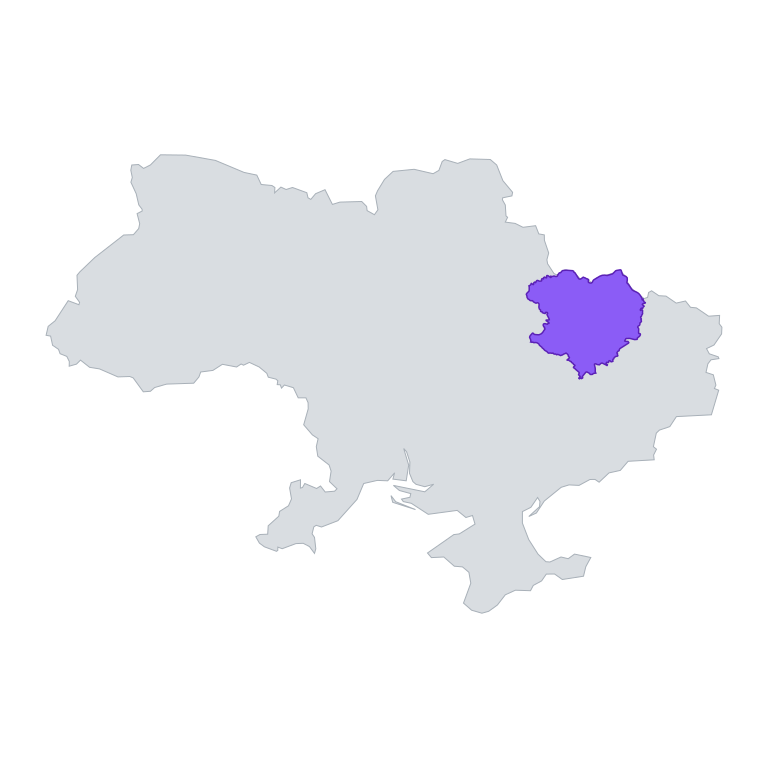 Kharkiv on a map of Ukraine (Albers equal-area conic projection)
{"feature_id": "UKR-328", "entity_name": "Kharkiv", "entity_type": "Region", "adm_level": 1, "iso_a3": "UKR", "parent_name": "Ukraine", "parent_adm1": "", "projection": "albers", "projection_center": [36.315, 49.479], "detail": "fine", "context": "in_parent", "style": "filled", "palette": "violet", "viewbox_px": 768, "rotation_deg": 0, "n_neighbors": 0, "source": "natural_earth", "source_scale": "10m", "svg_char_len": 9605}
<svg xmlns="http://www.w3.org/2000/svg" viewBox="0 0 768 768"><path d="M528.7,539.5L538.0,554.1L545.9,561.7L549.9,562.0L561.0,557.0L568.2,558.7L574.5,554.1L590.8,557.5L585.8,566.7L583.5,576.2L562.3,579.5L554.6,574.0L546.3,574.1L541.6,580.9L533.3,585.4L530.5,590.7L515.4,590.2L505.3,594.8L497.4,605.0L488.7,611.3L481.9,613.2L471.6,610.2L463.5,603.1L470.8,583.2L468.9,572.3L462.5,566.9L454.3,566.2L443.8,557.0L431.4,557.6L427.5,553.0L453.8,534.6L459.3,533.9L475.0,524.1L472.5,515.5L465.9,517.5L457.2,510.4L428.2,514.3L411.3,503.3L403.3,501.6L401.5,499.1L409.9,497.3L410.8,493.6L399.4,490.5L393.4,485.4L424.8,491.8L433.7,484.2L424.8,486.7L416.0,484.3L412.9,481.6L409.5,473.3L409.9,462.0L406.6,451.8L403.7,448.5L408.7,465.1L406.2,480.8L392.9,479.1L394.6,472.8L387.7,480.8L377.3,480.4L363.7,483.5L357.0,499.4L337.9,520.7L321.5,527.0L316.2,525.3L313.8,526.9L312.1,533.8L314.5,537.4L315.8,548.8L314.5,553.4L309.5,546.6L303.2,543.3L295.9,543.6L282.2,548.7L277.8,547.1L277.8,550.4L276.5,551.3L264.4,546.8L259.4,543.1L255.8,536.8L260.0,534.5L267.7,534.2L268.2,525.8L278.8,516.2L279.6,511.4L288.5,505.8L291.5,498.9L289.6,488.0L291.2,482.7L300.5,479.8L300.4,488.1L302.5,487.5L304.8,483.5L316.6,488.5L320.5,486.0L325.2,492.0L334.6,491.2L337.0,488.8L329.5,481.6L331.1,471.1L329.1,465.0L317.8,456.2L316.3,446.7L318.1,438.7L312.4,434.9L303.7,424.8L308.2,408.9L308.1,402.7L305.9,397.8L298.2,397.8L293.4,387.7L284.4,385.0L281.5,388.1L280.3,384.8L277.2,384.6L277.8,380.7L275.9,379.1L268.3,377.2L266.8,373.3L259.2,367.0L249.4,362.4L243.5,365.2L241.1,364.0L236.6,367.0L222.4,364.3L212.9,370.4L200.7,372.0L198.9,377.0L193.7,383.2L166.6,384.1L154.7,387.5L150.4,391.3L143.3,391.8L133.2,377.9L129.8,376.5L117.9,376.9L99.5,368.9L89.6,367.3L80.5,360.1L76.5,364.1L69.2,366.2L69.3,361.5L66.8,356.4L60.1,353.7L58.5,349.3L52.6,345.3L50.6,336.1L46.1,335.3L48.2,326.3L55.1,320.8L68.2,300.7L78.9,304.7L79.6,302.3L75.3,296.3L77.6,289.6L77.0,275.3L79.8,271.9L94.7,257.6L123.7,235.0L133.4,234.7L138.7,228.6L139.7,223.7L137.1,213.6L142.2,211.0L142.1,209.3L138.8,204.9L136.2,193.7L130.9,182.2L132.3,177.5L130.8,170.2L131.8,165.0L138.5,164.5L143.6,168.4L150.5,164.9L160.5,154.8L185.6,155.1L215.4,160.4L244.0,172.4L256.8,175.1L261.2,184.5L271.9,185.5L274.9,187.5L274.6,192.9L280.9,187.1L286.1,189.5L292.5,187.5L306.8,192.7L308.0,197.8L310.8,199.4L315.6,193.7L325.0,189.7L332.4,204.4L340.0,202.1L361.7,201.5L366.6,206.4L367.1,210.6L374.4,214.7L377.9,209.8L375.4,195.8L377.6,190.7L384.5,179.4L393.1,171.4L414.1,169.3L433.1,173.7L438.9,170.4L442.2,161.5L444.9,159.6L457.7,163.4L469.8,158.9L490.3,159.5L496.7,165.0L502.9,180.7L512.6,192.3L511.9,195.9L502.7,197.8L502.4,199.8L505.3,205.0L506.0,215.9L507.6,217.3L505.3,222.1L515.1,223.4L523.0,227.3L535.6,225.7L538.8,233.9L544.3,234.9L544.4,240.3L548.7,253.0L546.9,259.7L547.6,263.8L554.0,273.6L557.0,274.9L564.9,269.8L573.1,271.4L580.0,278.7L587.1,278.7L591.5,282.8L596.5,278.0L620.6,271.0L626.6,277.7L627.5,282.1L631.2,288.1L644.0,298.6L647.6,297.4L648.6,292.5L651.6,290.8L658.8,295.7L666.0,296.1L676.2,303.1L685.5,301.0L690.5,307.3L696.4,307.9L708.6,316.2L719.6,315.4L719.2,323.7L721.9,327.2L721.6,333.9L714.0,345.0L706.5,348.6L709.3,353.8L718.3,356.9L718.9,358.6L711.0,359.8L707.9,363.8L706.0,372.4L713.3,374.8L715.9,385.1L714.4,388.5L718.7,390.2L711.4,414.8L676.4,416.6L669.8,426.6L659.4,430.1L656.3,433.1L653.4,446.7L656.5,449.2L653.6,455.0L654.2,459.8L628.1,461.3L620.3,470.4L609.0,472.9L599.1,482.2L595.0,479.4L589.9,479.5L579.0,485.4L569.0,484.9L561.2,487.3L544.3,501.0L536.4,513.0L528.8,516.5L539.5,506.7L540.0,501.5L537.6,497.5L530.9,507.3L522.4,511.6L522.4,523.1L528.7,539.5ZM415.5,509.6L392.7,502.3L391.0,495.6L395.7,501.7L415.5,509.6Z" fill="#d9dde1" stroke="#a8b0b8" stroke-width="1"/><path d="M620.3,269.8L621.1,270.2L621.6,271.7L622.2,273.5L622.8,275.0L626.0,276.5L627.2,277.8L627.3,280.1L626.9,282.1L626.9,282.7L627.2,283.1L628.5,284.4L632.1,289.8L633.4,290.7L636.3,292.0L637.8,292.8L639.1,293.9L640.2,295.3L641.5,297.4L642.1,298.6L642.1,299.4L642.3,299.8L643.1,299.2L643.3,300.1L644.0,301.6L644.4,302.1L645.3,302.6L645.3,302.8L645.0,303.2L643.9,303.4L643.2,303.6L642.6,304.0L642.4,304.2L642.3,304.5L642.5,304.8L644.0,306.0L644.1,306.3L643.2,307.1L643.0,307.4L642.7,308.3L642.4,308.4L641.3,308.2L640.8,308.8L640.3,309.7L640.3,309.9L640.4,310.2L640.5,310.4L641.9,309.9L642.3,310.0L642.5,310.3L642.6,310.7L642.5,312.3L642.6,313.7L642.3,314.3L641.9,314.8L641.5,316.1L641.3,316.4L640.7,316.8L640.6,317.1L640.9,318.2L641.3,318.8L641.3,319.2L641.0,319.4L641.0,319.7L641.4,321.0L641.4,321.5L641.0,322.0L640.2,322.7L640.0,322.9L639.9,323.7L639.8,324.7L639.5,325.3L639.3,325.5L638.3,326.0L637.8,326.7L637.7,327.1L637.8,327.4L638.5,328.2L638.7,329.0L638.7,329.3L638.6,332.2L638.6,332.9L638.8,333.4L639.8,333.6L640.2,333.8L640.4,334.3L640.3,335.0L639.8,335.9L639.3,336.5L638.3,337.2L637.4,338.0L637.3,339.0L637.0,339.4L634.6,339.6L629.8,338.4L626.3,338.5L626.0,338.6L625.8,338.8L624.7,340.8L624.7,341.0L625.5,341.3L626.9,341.4L627.9,341.4L628.2,341.7L628.7,342.4L628.8,342.6L628.7,342.8L628.4,343.2L619.9,348.6L619.3,349.6L619.2,350.4L619.0,350.7L618.8,350.9L618.0,351.2L617.8,351.4L616.9,352.7L616.9,353.1L617.5,353.7L617.4,354.6L617.8,355.4L617.8,355.8L617.5,356.1L617.0,356.3L616.0,356.3L614.3,357.5L614.2,357.6L613.7,358.9L613.1,359.2L612.9,359.6L612.8,360.1L612.9,361.3L612.7,361.4L611.6,361.8L611.1,361.8L610.8,361.6L610.0,360.8L609.4,360.7L609.2,360.7L608.9,361.1L608.7,361.5L608.6,362.3L608.2,362.6L607.9,362.6L607.0,362.2L606.8,362.3L606.6,362.5L606.1,363.2L606.0,363.6L606.1,363.9L606.3,364.1L607.1,364.5L607.4,364.7L607.3,365.2L607.0,365.5L606.7,365.4L606.1,365.0L602.5,363.2L602.0,363.1L601.4,363.2L600.9,363.4L599.5,364.7L599.4,364.8L597.6,364.6L597.1,364.5L596.0,363.9L595.5,363.8L594.9,363.9L594.5,364.2L594.5,364.5L594.5,365.0L595.2,368.1L595.3,369.6L595.2,371.1L595.3,371.8L595.8,373.1L593.6,373.4L592.9,373.9L592.6,374.3L592.3,374.4L590.9,374.5L590.2,374.4L589.6,373.6L589.1,373.1L587.4,372.2L586.8,372.0L586.2,372.0L585.6,372.5L582.9,375.8L582.2,377.0L582.3,377.2L582.7,377.6L582.6,378.0L581.6,378.6L581.4,378.6L580.9,378.2L580.5,378.0L580.4,378.0L579.6,378.8L579.4,378.8L578.8,378.3L578.8,378.2L580.1,376.4L579.9,376.1L578.6,374.8L578.6,374.4L579.2,373.1L579.2,372.7L578.7,372.0L576.0,369.7L575.1,368.8L573.5,367.6L573.5,367.2L573.7,366.8L574.5,366.1L574.9,365.6L574.9,365.4L574.7,365.1L573.4,364.2L573.2,363.7L573.0,363.4L571.5,362.4L571.3,362.1L571.3,361.9L571.2,361.6L569.9,361.1L568.7,360.2L567.3,360.2L567.1,360.1L567.1,359.9L567.6,359.4L568.7,358.7L569.2,357.9L569.4,357.5L568.3,356.0L568.2,355.9L568.3,355.4L568.1,355.0L567.8,354.5L566.8,353.6L566.3,353.2L565.9,353.1L565.5,353.4L563.7,354.1L562.3,355.0L561.7,355.1L560.8,355.5L560.4,355.5L559.3,354.9L557.7,354.4L557.4,354.4L556.9,354.7L556.5,354.7L555.9,354.2L555.4,354.0L554.3,354.1L553.8,353.9L553.0,353.1L552.8,353.1L552.1,353.3L550.1,353.0L549.2,353.1L548.4,353.1L548.2,353.0L546.9,351.6L544.7,350.3L543.3,348.7L542.3,348.0L541.8,347.2L539.4,345.2L539.1,344.4L538.7,343.9L537.6,343.1L536.8,342.7L535.1,342.5L534.0,342.7L533.7,342.6L532.8,342.1L532.0,342.3L530.7,342.0L530.9,341.7L530.9,341.3L530.7,340.0L530.4,339.0L529.7,337.7L529.6,337.2L529.8,336.4L530.4,335.4L532.3,333.3L532.7,333.1L533.3,333.3L533.7,333.8L534.1,334.2L534.8,334.5L538.4,334.8L539.2,334.7L541.2,333.8L541.8,333.3L542.9,332.1L543.9,330.5L544.9,329.2L544.9,328.7L544.5,328.2L544.5,327.9L544.6,327.6L544.6,327.3L543.8,326.8L543.3,325.6L543.2,325.3L543.2,324.9L543.4,324.2L543.7,323.9L544.8,323.6L547.3,324.2L547.8,323.6L548.8,323.4L549.0,323.1L548.8,322.7L548.5,322.3L547.7,321.8L547.0,321.2L546.3,320.8L546.2,320.6L546.1,320.2L546.4,320.0L548.2,320.0L548.9,319.8L549.3,319.7L549.2,319.2L548.9,318.4L547.3,315.3L547.0,314.5L547.0,314.1L547.6,313.7L547.5,312.8L547.4,312.6L547.0,312.4L545.9,312.3L545.6,312.5L545.3,313.2L545.1,313.5L544.4,313.4L542.4,312.7L542.2,312.0L542.0,311.8L541.0,311.6L540.6,311.3L540.5,310.0L540.3,309.8L539.4,309.1L539.2,308.5L538.9,307.3L538.9,306.4L539.1,304.8L539.0,304.0L538.7,303.5L538.1,302.9L537.4,302.7L537.0,302.8L536.4,303.1L535.7,303.1L533.5,301.9L532.8,301.0L532.3,300.7L530.8,300.7L530.1,300.5L529.6,300.1L529.2,299.6L528.1,299.1L527.1,297.5L526.9,296.0L526.3,294.2L527.1,293.0L529.0,291.1L529.2,289.9L529.2,286.7L528.9,285.9L530.5,285.0L530.7,284.8L531.2,283.5L531.5,283.4L532.0,283.9L532.5,284.3L533.2,284.6L533.4,284.5L533.6,284.2L533.5,283.6L533.6,283.4L533.7,283.0L534.2,282.4L534.5,282.2L534.8,282.1L535.3,282.5L535.6,282.6L536.3,281.2L536.7,280.7L537.0,280.5L537.3,280.4L538.2,280.6L539.2,281.1L539.9,281.2L541.5,280.9L541.6,280.7L541.7,280.4L541.5,279.6L541.5,279.4L541.9,278.8L542.2,278.6L543.3,278.9L543.6,278.7L543.6,278.2L543.6,277.7L544.1,277.3L544.4,277.1L544.9,277.2L546.0,277.8L546.5,277.8L546.6,277.4L546.7,276.1L546.8,275.7L547.1,275.5L547.6,275.6L548.0,275.7L550.4,277.3L550.7,277.5L550.9,277.4L550.5,276.6L550.5,276.4L550.7,276.2L551.8,276.5L552.9,276.4L553.5,276.1L554.1,276.0L555.3,276.4L556.0,276.5L556.9,276.4L557.1,276.3L557.4,276.0L557.6,275.6L557.7,275.0L557.8,275.0L558.3,274.4L558.7,273.6L559.3,272.9L560.7,272.6L561.8,271.2L562.3,270.8L563.0,270.5L566.4,270.2L572.7,270.7L573.7,271.3L574.0,272.3L575.0,272.8L578.7,278.7L579.5,279.1L580.4,279.1L581.2,278.7L583.0,277.3L583.5,277.2L583.8,277.4L584.6,277.8L585.4,278.0L586.4,278.7L587.5,279.0L588.4,279.5L588.5,279.6L588.4,279.8L588.3,281.7L588.4,282.2L588.9,282.6L589.7,282.9L590.6,283.1L591.4,283.0L592.1,282.5L592.4,282.0L593.0,280.8L593.3,280.3L593.8,279.8L599.8,276.2L602.2,275.3L604.6,275.1L607.2,275.5L612.5,273.9L613.5,273.0L615.6,270.8L616.7,270.4L620.3,269.8Z" fill="#8b5cf6" stroke="#5b21b6" stroke-width="1.5"/></svg>